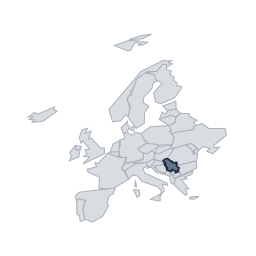 Europe, with Republic of Serbia highlighted, rotated 345°
{"feature_id": "SRB", "entity_name": "Republic of Serbia", "entity_type": "country or territory", "adm_level": 0, "iso_a3": "SRB", "parent_name": "Europe", "parent_adm1": "", "projection": "robinson", "projection_center": [20.755, 44.206], "detail": "fine", "context": "in_parent", "style": "filled", "palette": "slate", "viewbox_px": 256, "rotation_deg": 345, "n_neighbors": 37, "source": "natural_earth", "source_scale": "50m", "svg_char_len": 9925}
<svg xmlns="http://www.w3.org/2000/svg" viewBox="0 0 256 256"><g transform="rotate(345 128 128)"><path d="M136.0,44.8L151.1,43.6L161.5,46.9L155.7,48.1L150.9,53.5L148.0,53.6L136.0,44.8ZM187.2,77.5L180.7,79.3L181.6,76.8L178.1,75.4L170.4,80.8L161.0,78.2L157.3,81.6L152.3,81.1L139.5,94.6L139.4,97.4L136.6,97.3L134.5,100.8L134.9,112.1L130.8,117.0L129.0,114.6L122.8,119.1L114.8,118.0L114.2,105.2L155.5,76.6L179.0,71.9L187.4,74.4L184.1,75.3L187.2,77.5ZM174.9,43.5L164.9,45.5L152.0,42.9L164.6,42.1L174.9,43.5ZM169.1,50.3L163.8,51.6L159.6,50.8L161.3,50.0L159.8,49.1L164.7,48.4L169.1,50.3Z" fill="#d9dde1" stroke="#a8b0b8" stroke-width="1"/><path d="M101.9,147.3L119.0,155.9L111.7,165.2L115.4,177.6L96.3,183.2L84.3,178.7L87.7,168.1L77.9,160.2L78.0,157.2L87.6,157.4L87.1,152.8L89.9,154.5L101.9,147.3ZM119.4,186.3L121.8,180.4L120.9,187.1L119.4,186.3Z" fill="#d9dde1" stroke="#a8b0b8" stroke-width="1"/><path d="M130.8,117.0L136.1,107.7L134.5,100.8L136.6,97.3L139.4,97.4L148.9,83.0L159.4,79.1L167.2,83.3L168.4,90.2L163.7,91.2L161.4,96.0L151.4,102.2L149.1,107.5L153.9,112.2L148.0,117.5L144.9,127.7L135.8,130.5L130.8,117.0Z" fill="#d9dde1" stroke="#a8b0b8" stroke-width="1"/><path d="M182.3,127.4L190.7,129.8L190.5,132.7L196.9,138.5L192.6,139.6L194.4,143.5L190.7,146.6L168.5,145.6L168.2,136.3L174.5,134.8L177.3,129.6L182.3,127.4Z" fill="#d9dde1" stroke="#a8b0b8" stroke-width="1"/><path d="M206.6,169.6L211.6,170.3L203.2,174.8L198.2,170.9L201.8,168.8L195.3,165.3L185.8,171.0L186.2,166.4L190.0,166.4L185.3,159.5L173.0,161.1L164.0,158.3L169.8,150.2L168.5,145.6L171.7,144.3L190.7,146.6L191.7,143.7L200.5,142.6L206.2,149.6L221.6,153.5L221.2,160.4L206.2,167.0L206.6,169.6Z" fill="#d9dde1" stroke="#a8b0b8" stroke-width="1"/><path d="M168.2,136.3L169.2,141.1L167.4,142.0L170.1,149.1L166.2,155.8L145.1,150.2L138.8,140.0L139.1,136.9L150.1,132.5L168.2,136.3Z" fill="#d9dde1" stroke="#a8b0b8" stroke-width="1"/><path d="M147.5,159.5L144.2,165.4L139.7,166.4L123.0,163.7L134.3,162.2L136.6,156.4L146.0,156.8L147.5,159.5Z" fill="#d9dde1" stroke="#a8b0b8" stroke-width="1"/><path d="M164.0,158.3L166.0,160.5L160.6,166.9L152.1,169.1L144.8,164.7L147.5,159.5L164.0,158.3Z" fill="#d9dde1" stroke="#a8b0b8" stroke-width="1"/><path d="M178.7,159.1L185.3,159.5L190.0,166.4L186.2,166.4L184.3,170.2L183.8,164.8L178.7,159.1Z" fill="#d9dde1" stroke="#a8b0b8" stroke-width="1"/><path d="M184.3,170.2L188.8,171.0L185.6,177.5L167.0,177.1L157.9,167.6L167.4,159.6L178.7,159.1L183.8,164.8L184.3,170.2Z" fill="#d9dde1" stroke="#a8b0b8" stroke-width="1"/><path d="M177.3,129.6L174.5,134.8L168.2,136.3L160.6,127.9L172.2,126.6L177.3,129.6Z" fill="#d9dde1" stroke="#a8b0b8" stroke-width="1"/><path d="M179.4,122.3L182.3,127.4L177.3,129.6L172.2,126.6L160.6,127.9L165.0,121.3L167.4,124.2L172.9,120.4L179.4,122.3Z" fill="#d9dde1" stroke="#a8b0b8" stroke-width="1"/><path d="M181.1,114.6L179.4,122.3L170.4,121.1L167.4,115.7L181.1,114.6Z" fill="#d9dde1" stroke="#a8b0b8" stroke-width="1"/><path d="M139.1,136.9L141.5,147.5L132.5,150.8L136.6,156.4L134.3,162.2L116.6,161.6L119.0,155.9L114.4,155.1L112.7,151.4L113.2,144.5L116.0,143.0L117.3,137.1L120.4,137.8L122.7,135.8L122.1,132.1L126.4,132.0L129.3,135.9L134.3,134.1L139.1,136.9Z" fill="#d9dde1" stroke="#a8b0b8" stroke-width="1"/><path d="M166.0,175.4L167.0,177.1L185.6,177.5L184.0,184.5L167.1,187.3L166.0,175.4Z" fill="#d9dde1" stroke="#a8b0b8" stroke-width="1"/><path d="M178.9,212.4L173.5,213.9L169.3,212.4L169.9,210.7L178.9,212.4ZM160.6,189.3L179.4,186.4L177.6,189.4L169.7,190.0L172.1,192.3L166.0,191.8L171.0,202.6L167.8,201.5L168.0,207.7L165.7,207.7L157.6,194.4L160.6,189.3Z" fill="#d9dde1" stroke="#a8b0b8" stroke-width="1"/><path d="M160.6,189.3L157.6,194.4L155.1,191.8L156.3,181.7L160.6,189.3Z" fill="#d9dde1" stroke="#a8b0b8" stroke-width="1"/><path d="M146.0,166.1L155.2,171.3L143.2,173.0L152.0,182.6L143.9,178.4L140.4,171.9L136.3,171.7L146.0,166.1Z" fill="#d9dde1" stroke="#a8b0b8" stroke-width="1"/><path d="M123.5,161.9L125.7,166.2L115.4,169.1L111.5,167.0L114.2,161.9L123.5,161.9Z" fill="#d9dde1" stroke="#a8b0b8" stroke-width="1"/><path d="M111.9,151.5L113.0,154.1L111.4,153.8L111.9,151.5Z" fill="#d9dde1" stroke="#a8b0b8" stroke-width="1"/><path d="M113.3,148.7L111.4,153.8L101.9,147.3L109.8,146.0L113.3,148.7Z" fill="#d9dde1" stroke="#a8b0b8" stroke-width="1"/><path d="M116.6,138.0L113.3,148.7L104.5,146.5L109.6,139.5L116.6,138.0Z" fill="#d9dde1" stroke="#a8b0b8" stroke-width="1"/><path d="M59.6,185.1L62.5,183.4L68.3,187.1L63.6,194.4L64.6,200.8L61.2,206.0L57.6,205.8L58.5,200.0L56.3,198.1L59.6,185.1Z" fill="#d9dde1" stroke="#a8b0b8" stroke-width="1"/><path d="M62.7,204.9L63.6,194.4L68.3,187.1L62.5,183.4L59.6,185.1L59.1,180.3L64.2,177.4L100.2,182.6L96.8,187.8L92.4,188.6L88.1,195.7L89.2,198.1L80.8,206.6L69.4,209.7L62.7,204.9Z" fill="#d9dde1" stroke="#a8b0b8" stroke-width="1"/><path d="M76.1,136.5L73.2,142.9L62.8,144.6L66.1,140.5L65.3,136.4L72.7,131.4L71.9,135.7L76.1,136.5Z" fill="#d9dde1" stroke="#a8b0b8" stroke-width="1"/><path d="M126.1,164.5L137.0,166.1L137.3,169.8L132.0,170.7L132.6,176.0L151.6,191.4L151.3,193.6L146.5,191.0L147.1,197.4L142.3,201.5L143.9,197.1L141.6,192.6L127.7,183.1L124.7,176.7L120.4,174.8L115.4,177.6L114.1,168.2L126.1,164.5ZM131.1,202.7L141.8,200.2L140.2,206.9L131.1,202.7ZM117.2,188.9L122.7,190.8L121.9,196.2L118.9,197.4L117.2,188.9Z" fill="#d9dde1" stroke="#a8b0b8" stroke-width="1"/><path d="M126.4,132.0L122.1,132.1L121.3,126.0L129.2,121.3L127.9,124.6L129.8,126.3L126.4,132.0ZM134.2,127.6L133.0,132.7L129.9,130.5L129.6,128.9L134.2,127.6Z" fill="#d9dde1" stroke="#a8b0b8" stroke-width="1"/><path d="M76.1,136.5L71.9,135.7L72.7,131.4L78.2,133.7L76.1,136.5ZM85.4,138.3L80.9,128.9L78.9,130.7L78.3,125.0L83.0,117.9L89.0,117.8L85.1,122.0L91.5,121.5L86.9,128.2L90.0,128.4L96.3,140.2L100.0,141.0L98.6,146.7L75.0,151.2L83.3,146.2L77.8,143.9L81.3,142.7L80.9,137.9L85.4,138.3Z" fill="#d9dde1" stroke="#a8b0b8" stroke-width="1"/><path d="M62.6,88.6L61.3,90.9L63.7,93.4L47.7,99.4L36.7,97.7L40.0,96.1L34.5,94.2L39.9,92.5L34.4,91.6L41.5,88.8L45.0,91.2L62.6,88.6Z" fill="#d9dde1" stroke="#a8b0b8" stroke-width="1"/><path d="M137.0,166.1L144.8,164.7L146.0,166.1L141.8,170.4L136.5,170.2L137.0,166.1Z" fill="#d9dde1" stroke="#a8b0b8" stroke-width="1"/><path d="M181.6,76.8L180.4,81.8L184.7,84.2L182.4,86.9L185.9,90.9L184.3,94.0L187.0,96.8L186.0,99.2L190.5,101.8L189.5,103.7L181.1,110.7L165.9,113.1L161.4,109.8L161.9,100.6L172.7,93.4L167.4,88.8L167.2,83.3L159.4,79.1L170.4,80.8L178.1,75.4L181.6,76.8Z" fill="#d9dde1" stroke="#a8b0b8" stroke-width="1"/><path d="M165.5,155.6L163.3,158.7L150.3,161.0L147.2,158.1L152.6,153.9L165.5,155.6Z" fill="#d9dde1" stroke="#a8b0b8" stroke-width="1"/><path d="M141.5,147.5L149.5,150.4L153.6,153.9L139.0,157.8L133.3,153.7L132.5,150.8L141.5,147.5Z" fill="#d9dde1" stroke="#a8b0b8" stroke-width="1"/><path d="M152.4,181.9L145.4,176.2L143.9,171.3L155.1,172.8L155.4,178.1L152.4,181.9Z" fill="#d9dde1" stroke="#a8b0b8" stroke-width="1"/><path d="M165.1,183.3L167.1,187.3L159.2,188.3L159.7,184.4L165.1,183.3Z" fill="#d9dde1" stroke="#a8b0b8" stroke-width="1"/><path d="M157.4,182.2L155.1,185.1L152.0,182.6L154.6,178.3L157.4,182.2Z" fill="#d9dde1" stroke="#a8b0b8" stroke-width="1"/><path d="M159.1,185.2L157.4,182.2L159.3,179.6L163.1,181.8L159.1,185.2Z" fill="#d9dde1" stroke="#a8b0b8" stroke-width="1"/><path d="M161.7,172.9L162.2,173.1L162.5,173.2L162.6,173.4L163.0,173.5L163.5,173.6L163.9,173.8L164.1,174.1L164.5,174.0L165.0,173.5L165.5,173.4L165.9,173.7L166.2,173.8L166.2,174.0L165.9,174.0L165.7,174.1L165.5,174.3L165.5,174.5L165.6,174.8L166.0,175.0L166.1,175.3L165.9,175.5L165.8,176.0L165.4,176.3L165.2,176.3L165.2,176.5L165.0,176.9L165.1,177.2L165.1,177.4L165.1,177.5L165.3,177.7L165.4,178.0L165.5,178.3L165.7,178.6L166.2,178.8L166.4,179.0L166.6,179.2L166.7,179.4L167.1,179.7L167.1,179.9L167.0,180.1L166.9,180.1L166.7,180.4L166.5,180.5L166.2,180.9L165.7,181.0L165.4,181.1L165.3,181.3L165.4,181.5L165.3,182.0L165.4,182.3L165.6,182.5L165.6,182.8L165.4,183.1L165.0,183.3L164.9,183.3L164.8,183.1L164.7,183.1L164.4,183.2L164.0,183.3L163.8,183.3L163.5,183.3L163.4,183.3L163.2,183.3L163.0,183.5L162.6,183.6L162.4,183.6L162.3,183.4L162.3,183.2L162.6,183.0L162.6,182.8L163.0,182.1L163.0,181.9L162.9,181.8L162.7,181.8L161.8,181.5L161.9,181.2L161.6,181.0L161.3,180.8L161.3,180.6L160.9,180.3L160.7,180.1L160.4,180.0L160.2,179.8L160.0,179.7L159.9,179.6L159.8,179.4L159.7,179.4L159.5,179.5L159.3,179.6L159.2,179.7L159.3,179.9L159.4,180.0L159.3,180.3L158.8,180.7L158.7,180.8L158.8,181.0L158.7,181.0L158.3,181.2L158.3,180.9L158.1,180.7L157.7,180.6L157.0,180.1L156.7,180.1L156.4,180.0L156.1,179.8L155.9,179.7L155.7,179.6L155.2,179.0L154.8,178.8L154.6,178.6L154.5,178.3L154.7,178.0L154.9,178.0L155.1,178.0L155.4,178.1L155.5,178.0L155.5,177.8L155.5,177.6L155.1,177.0L154.7,176.6L154.8,176.4L155.0,176.4L155.4,176.4L155.7,176.4L155.8,176.3L155.8,176.2L155.7,176.0L155.3,175.7L155.0,175.4L154.6,175.2L154.4,175.1L154.3,174.9L154.3,174.6L154.3,174.3L154.4,174.2L154.6,173.8L154.9,173.5L155.0,173.1L155.1,172.8L155.1,172.7L154.9,172.6L154.7,172.6L154.3,172.6L154.0,172.7L153.9,172.8L153.9,172.6L154.0,172.6L154.2,172.3L154.1,171.7L154.3,171.6L154.4,171.4L154.6,171.5L154.9,171.5L155.2,171.5L155.2,171.4L155.1,171.2L154.8,171.1L154.2,170.8L153.9,170.6L153.9,170.3L154.0,170.2L153.8,169.9L153.7,169.8L153.8,169.5L153.6,169.1L153.4,168.8L153.6,168.7L153.6,168.4L154.0,168.3L154.1,168.2L154.4,168.2L154.6,168.2L154.9,168.1L155.0,168.0L155.2,167.9L155.3,167.9L155.7,167.5L156.0,167.5L156.3,167.5L156.7,167.6L157.0,167.5L157.8,167.6L158.0,167.7L158.2,167.9L158.4,168.2L158.7,168.4L159.0,168.6L159.4,169.0L159.5,169.2L159.8,169.2L159.8,169.3L159.8,169.5L159.7,169.8L159.8,170.0L159.8,170.3L160.1,170.5L160.3,170.7L160.6,170.9L160.8,171.0L161.0,171.0L161.3,171.2L161.8,171.4L162.0,171.5L162.0,171.8L161.9,171.9L161.9,172.1L161.7,172.1L161.7,172.3L161.8,172.3L162.1,172.5L162.3,172.5L162.2,172.7L161.8,172.8L161.7,172.8L161.7,172.9Z" fill="#64748b" stroke="#1e293b" stroke-width="1.5"/></g></svg>